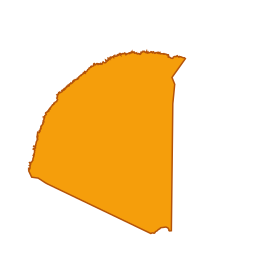 the district of Hambou, Andjazîdja, Comoros, rotated 114°
{"feature_id": "10938185B8813398551192", "entity_name": "Hambou", "entity_type": "district", "adm_level": 2, "iso_a3": "COM", "parent_name": "Comoros", "parent_adm1": "Andjazîdja", "projection": "orthographic", "projection_center": [43.305, -11.814], "detail": "fine", "context": "isolated", "style": "filled", "palette": "amber", "viewbox_px": 256, "rotation_deg": 114, "n_neighbors": 0, "source": "geoboundaries", "source_scale": "gbopen_adm2", "svg_char_len": 5821}
<svg xmlns="http://www.w3.org/2000/svg" viewBox="0 0 256 256"><g transform="rotate(114 128 128)"><path d="M215.1,64.3L214.0,63.2L213.7,62.5L213.6,61.7L213.4,61.2L212.7,60.8L211.6,60.8L209.9,59.5L209.4,59.3L208.5,59.1L208.1,58.8L207.8,58.5L207.2,58.0L206.0,57.7L205.3,56.8L204.7,55.7L203.4,53.7L203.1,53.1L203.0,52.3L203.1,50.8L204.2,49.3L204.6,48.9L205.0,48.9L205.1,48.4L205.1,48.1L204.2,46.6L87.7,96.9L69.1,103.1L63.9,108.4L41.3,103.8L40.9,105.0L41.3,105.8L41.5,107.8L41.4,108.7L41.7,109.3L41.7,110.0L42.6,110.3L42.5,111.0L42.3,111.2L42.2,112.0L41.9,112.4L42.2,112.7L43.0,112.8L43.4,113.3L43.4,114.1L44.6,115.3L44.9,115.4L46.1,115.4L46.4,115.9L46.7,117.3L46.4,118.7L46.8,119.8L46.8,120.2L46.6,120.3L45.7,120.1L45.5,120.4L44.7,120.9L44.8,121.4L45.4,121.9L45.1,122.3L45.1,123.7L45.7,124.5L45.7,125.0L44.9,125.0L45.5,125.3L45.6,125.7L46.1,125.8L46.1,126.6L46.4,127.4L47.1,128.8L46.6,129.1L46.8,129.5L46.4,129.6L47.2,130.2L46.6,130.6L47.4,131.3L47.0,131.5L47.3,131.7L47.1,132.1L47.7,132.8L47.8,133.2L48.4,133.3L48.4,133.7L49.0,134.3L48.0,135.6L48.0,135.8L48.6,136.3L49.2,136.3L49.0,136.7L49.2,137.0L48.8,137.2L48.9,138.0L49.8,138.3L50.9,139.6L50.7,139.9L50.9,140.1L50.5,140.6L51.6,140.7L51.6,140.9L51.2,141.3L51.1,141.8L50.6,142.1L51.1,142.1L51.7,141.8L51.9,142.4L51.9,142.7L51.3,144.0L51.8,144.2L51.7,145.5L52.7,145.6L53.2,146.3L53.3,146.9L53.7,146.9L54.1,146.4L55.0,146.6L55.5,146.6L55.7,146.8L55.3,147.2L55.8,147.6L55.6,148.2L55.8,148.4L55.8,148.9L56.2,149.0L56.5,149.6L56.4,150.4L55.9,150.7L56.5,151.1L56.5,152.1L56.9,152.4L56.1,153.3L56.7,153.7L56.5,154.1L57.0,154.4L56.8,154.7L57.5,155.2L56.9,155.5L57.7,155.6L57.5,156.0L58.4,156.6L58.6,157.0L59.1,156.5L59.3,156.6L59.0,157.3L59.4,157.6L59.6,158.1L60.0,158.2L60.8,159.3L61.5,159.3L61.9,159.8L61.2,160.1L60.9,160.4L61.4,160.9L61.4,161.3L61.0,161.6L62.0,162.2L62.0,162.7L62.3,162.9L62.2,163.2L62.9,163.8L63.3,163.9L63.1,164.9L63.5,164.9L63.5,165.4L64.2,164.8L63.9,165.7L64.4,166.0L64.5,166.4L65.1,166.1L65.3,166.2L65.2,166.8L65.8,166.9L65.5,167.4L65.8,167.6L66.7,167.5L67.5,168.2L67.6,169.0L67.1,169.5L68.0,169.7L68.0,170.2L69.4,169.8L69.2,170.3L69.2,171.1L69.6,171.6L70.7,171.7L70.7,172.5L70.5,172.8L70.8,172.9L71.2,172.4L71.5,172.7L71.2,173.1L71.8,173.2L72.0,173.7L72.6,172.8L72.7,173.3L72.5,174.0L72.5,174.4L73.2,173.8L73.5,174.1L74.0,173.5L74.5,173.9L75.2,174.1L75.0,176.0L76.5,174.9L77.0,174.8L77.4,175.0L77.8,175.6L78.0,176.2L77.7,177.6L80.4,177.8L80.3,178.7L80.0,179.2L80.1,179.4L81.0,179.3L81.1,180.4L81.5,180.4L81.6,180.7L81.6,181.0L81.4,181.2L81.5,181.7L82.0,181.6L81.7,182.2L81.9,182.8L83.2,183.3L83.5,183.5L83.5,183.8L82.8,184.8L82.8,185.0L83.0,185.0L83.3,185.4L83.8,185.4L84.0,185.1L84.6,184.7L85.1,184.7L85.2,185.0L86.0,185.5L86.6,186.1L86.4,186.6L86.6,186.8L87.2,187.0L87.6,186.6L89.2,188.0L90.0,187.7L91.0,188.5L92.7,188.6L93.3,189.0L93.4,189.3L94.1,189.7L94.1,190.4L94.3,190.3L94.6,189.8L94.8,190.3L95.3,189.8L95.3,190.4L95.8,190.5L95.8,191.2L96.0,191.2L96.2,190.7L96.9,191.3L97.2,191.3L98.3,192.1L99.0,192.1L99.0,192.6L99.5,192.7L99.7,192.9L101.4,193.7L102.0,193.5L102.5,193.7L102.8,193.5L103.1,193.8L103.1,194.5L103.3,194.5L103.5,194.0L103.8,193.9L103.9,194.4L104.3,194.4L105.4,195.6L105.3,196.0L105.9,196.2L106.2,196.5L106.8,196.4L106.6,197.0L106.8,197.1L107.2,196.6L107.6,196.7L107.8,197.4L108.2,197.4L108.8,197.0L110.4,197.8L110.3,198.1L110.1,198.1L110.0,198.5L110.8,198.6L111.3,198.7L111.6,199.3L112.0,199.2L112.0,198.7L112.3,199.3L112.5,199.3L113.1,198.9L113.3,198.9L113.3,199.6L112.9,199.9L113.2,200.2L114.1,199.6L114.6,200.0L114.5,200.7L114.9,201.0L115.4,200.7L116.0,200.7L116.1,201.2L117.0,201.3L117.7,202.2L118.3,202.3L118.4,201.9L118.8,202.6L119.0,202.6L119.5,202.0L120.0,202.6L120.0,203.2L120.6,203.7L121.0,202.9L121.9,203.2L122.6,203.9L123.1,204.1L123.0,205.0L123.4,205.0L123.6,204.9L124.0,205.1L124.0,205.6L124.5,205.3L125.3,205.4L125.4,205.7L125.8,205.6L126.1,205.7L126.4,206.4L126.6,206.5L126.9,205.6L127.2,205.3L127.9,205.5L128.8,204.9L129.6,205.3L130.0,204.7L130.8,203.8L132.2,204.1L132.7,203.9L132.9,203.9L133.9,205.0L134.8,205.1L135.4,205.8L135.7,205.8L136.0,205.3L136.7,205.7L137.3,205.9L137.5,206.4L138.3,206.4L139.4,206.8L141.0,207.0L141.5,207.4L141.9,207.4L142.3,206.9L142.7,207.3L142.7,207.6L143.9,207.8L144.3,207.3L144.8,207.3L144.9,208.0L145.6,208.0L145.7,208.3L146.4,208.4L146.4,208.6L146.9,208.7L147.4,209.3L148.0,209.4L149.0,208.2L150.5,209.0L151.5,208.9L151.8,208.6L152.0,208.6L152.1,209.0L152.3,208.5L152.8,208.5L153.1,208.9L153.2,208.4L154.4,208.2L155.2,208.3L155.5,208.2L155.9,207.9L156.2,208.2L156.5,207.5L156.6,207.4L156.9,207.9L158.2,207.9L158.4,207.4L159.0,207.3L161.7,208.2L161.9,207.8L162.5,208.0L163.3,207.7L163.5,207.3L163.9,207.3L164.1,207.7L164.3,207.7L164.5,207.3L165.9,207.5L166.2,207.3L166.4,207.5L166.4,207.9L166.7,207.9L166.8,207.1L167.2,207.1L167.6,207.5L168.1,207.3L168.1,207.8L168.5,207.9L168.6,208.8L169.9,208.4L170.3,208.1L171.1,208.1L171.7,207.8L171.7,207.3L171.9,207.1L172.3,207.4L172.8,207.0L173.0,207.0L173.0,207.6L173.3,207.5L173.7,207.1L174.1,206.9L174.1,206.4L174.4,206.4L174.5,206.6L175.4,206.3L175.4,205.8L175.7,205.8L175.8,206.0L178.2,206.1L178.8,205.8L179.2,205.9L179.8,205.6L180.7,205.6L181.6,205.1L182.2,205.1L182.7,206.2L182.8,206.7L183.1,206.7L182.9,205.0L183.6,204.5L183.9,204.4L184.3,204.8L184.7,204.9L184.7,205.6L184.9,205.8L185.1,205.3L185.3,205.4L185.4,205.9L185.8,205.9L185.5,204.6L186.3,204.4L186.4,204.0L187.2,204.0L188.4,203.4L189.5,203.5L190.0,203.0L190.6,202.9L191.0,203.4L191.7,203.4L191.9,202.6L195.0,202.3L196.1,201.8L199.0,202.3L199.3,203.6L199.6,203.9L199.9,203.4L200.2,202.6L200.6,202.4L200.9,202.7L201.3,202.1L201.7,202.2L202.4,202.7L202.5,202.0L204.3,201.3L204.8,201.9L205.0,201.2L205.7,201.2L205.6,202.2L205.9,202.2L206.5,201.3L207.5,201.3L212.1,196.0L210.3,189.7L211.7,181.0L211.9,178.1L215.1,64.3Z" fill="#f59e0b" stroke="#b45309" stroke-width="1.5"/></g></svg>